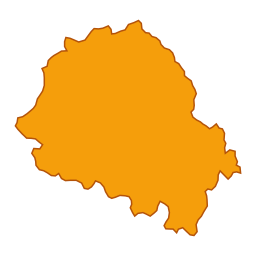 Cristinápolis, Sergipe, Brazil (Robinson projection)
{"feature_id": "56859067B95564871325424", "entity_name": "Cristinápolis", "entity_type": "district", "adm_level": 2, "iso_a3": "BRA", "parent_name": "Brazil", "parent_adm1": "Sergipe", "projection": "robinson", "projection_center": [-37.728, -11.484], "detail": "fine", "context": "isolated", "style": "filled", "palette": "amber", "viewbox_px": 256, "rotation_deg": 0, "n_neighbors": 0, "source": "geoboundaries", "source_scale": "gbopen_adm2", "svg_char_len": 2158}
<svg xmlns="http://www.w3.org/2000/svg" viewBox="0 0 256 256"><path d="M216.3,123.9L212.5,127.1L209.5,128.7L206.1,125.9L203.0,124.1L200.4,121.9L196.5,119.9L192.9,117.1L191.0,112.1L193.7,109.3L194.2,105.4L193.8,99.7L196.3,93.7L194.9,89.5L192.6,85.5L191.2,80.9L187.6,78.3L184.5,75.7L184.4,71.5L181.4,67.7L178.8,63.7L174.9,61.5L174.4,57.5L172.6,52.9L169.4,49.7L164.3,48.0L161.0,44.5L159.8,40.9L156.1,37.7L151.9,36.5L149.1,33.1L145.6,32.7L141.9,28.9L141.3,23.3L138.5,20.5L134.0,22.6L128.5,24.5L125.1,29.9L120.8,31.1L115.3,33.5L111.7,33.9L111.0,29.3L108.3,25.9L102.9,28.2L98.5,28.9L94.1,28.6L91.3,31.5L88.5,35.3L85.0,40.1L78.7,42.0L73.9,39.9L70.1,38.3L65.9,37.5L64.6,41.6L64.6,46.5L66.9,50.8L61.5,51.1L58.2,53.1L54.1,55.4L51.3,57.5L48.3,60.5L47.1,66.3L42.0,68.5L43.9,72.9L44.3,77.7L44.3,81.5L44.3,85.5L42.6,91.1L40.4,94.5L37.4,98.9L35.7,105.1L33.4,108.3L30.9,110.5L27.1,113.7L22.7,116.7L17.8,117.9L17.1,122.5L15.4,125.9L18.0,129.4L22.0,133.7L26.6,138.1L31.3,138.3L35.5,138.9L39.2,142.1L42.6,144.7L39.8,148.9L33.8,148.5L31.8,153.3L34.8,157.7L35.7,161.3L36.0,165.3L39.4,169.7L43.6,170.7L47.4,172.8L51.3,175.5L55.3,175.9L58.7,173.5L61.5,178.5L65.4,180.6L70.3,180.3L76.2,180.3L81.6,183.0L84.3,188.4L88.0,189.1L91.5,186.9L93.8,183.9L95.5,180.9L100.4,182.9L103.9,187.0L105.6,191.8L108.5,196.7L111.7,198.3L115.2,197.3L119.9,195.4L125.3,195.8L129.1,196.7L131.4,200.5L131.7,204.3L130.3,207.8L132.6,212.6L134.7,216.1L137.9,213.4L142.9,212.6L146.1,214.0L150.2,216.1L154.0,213.1L156.8,210.5L157.7,206.1L160.1,201.3L164.7,203.8L168.2,206.6L169.4,212.6L168.6,218.1L165.9,222.1L164.1,225.7L165.8,228.8L169.6,229.0L173.1,229.1L176.6,232.8L178.4,229.2L182.7,227.7L186.6,231.5L190.1,234.8L194.0,235.5L197.1,231.7L196.1,224.6L198.2,219.8L201.4,216.2L203.8,211.7L207.3,206.0L207.0,199.5L206.6,195.8L205.2,191.5L207.8,189.0L211.6,189.9L215.4,186.3L218.0,180.2L218.2,174.9L220.1,170.9L224.4,175.3L228.1,179.1L231.2,176.0L233.1,172.5L236.6,171.9L240.6,173.1L240.0,167.1L236.3,165.1L237.4,161.7L235.1,156.1L235.1,151.3L229.8,149.9L225.3,153.3L224.6,147.7L225.8,143.3L224.0,140.0L224.5,133.3L222.4,128.9L219.1,128.1L216.3,123.9Z" fill="#f59e0b" stroke="#b45309" stroke-width="1.5"/></svg>